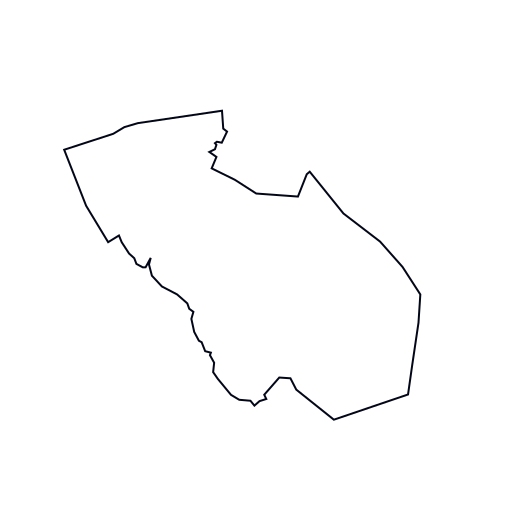 Cabra-Glasnevin Lea-7, Dublin, Ireland (Albers equal-area conic projection), rotated 231°
{"feature_id": "5873133B8743652584157", "entity_name": "Cabra-Glasnevin Lea-7", "entity_type": "district", "adm_level": 2, "iso_a3": "IRL", "parent_name": "Ireland", "parent_adm1": "Dublin", "projection": "albers", "projection_center": [-6.301, 53.363], "detail": "fine", "context": "isolated", "style": "outline", "palette": "ink", "viewbox_px": 512, "rotation_deg": 231, "n_neighbors": 0, "source": "geoboundaries", "source_scale": "gbopen_adm2", "svg_char_len": 955}
<svg xmlns="http://www.w3.org/2000/svg" viewBox="0 0 512 512"><g transform="rotate(231 256 256)"><path d="M155.3,363.0L189.1,361.5L234.0,350.7L287.7,350.8L287.6,346.9L275.8,326.0L304.4,295.5L328.6,287.5L352.0,276.7L357.9,287.6L366.2,285.2L364.8,291.3L367.3,295.2L369.5,295.1L369.4,297.5L365.6,300.7L370.9,311.8L375.6,310.7L390.3,321.0L433.6,247.8L439.0,234.8L440.8,222.0L459.3,173.8L402.0,155.6L359.8,149.8L358.2,162.4L351.2,160.3L337.8,158.9L330.9,160.0L325.1,158.1L318.4,160.9L316.7,163.1L320.8,173.0L316.8,167.5L306.2,162.7L291.5,163.7L275.8,170.5L262.4,172.8L257.0,170.9L252.0,172.2L247.8,166.2L235.9,160.2L226.1,158.3L223.2,159.5L214.0,156.6L209.3,160.1L207.9,157.8L199.4,156.3L192.7,149.6L184.4,149.0L163.8,149.2L154.8,152.5L147.0,160.6L140.7,160.6L141.0,167.4L138.4,174.0L143.0,175.1L146.9,197.6L139.3,205.8L126.8,203.2L79.8,213.5L52.7,287.0L72.6,308.4L101.9,340.3L122.7,359.5L155.3,363.0Z" fill="none" stroke="#020617" stroke-width="2"/></g></svg>